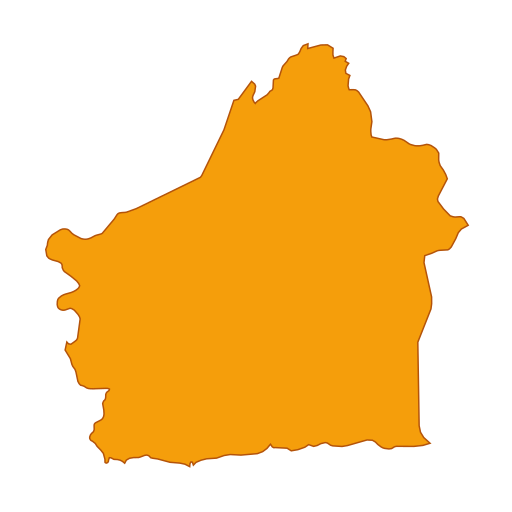 an SVG outline of Worodougou, rotated 273°
{"feature_id": "CIV-3443", "entity_name": "Worodougou", "entity_type": "Region", "adm_level": 1, "iso_a3": "CIV", "parent_name": "Ivory Coast", "parent_adm1": "", "projection": "natural_earth1", "projection_center": [-6.431, 8.415], "detail": "fine", "context": "isolated", "style": "filled", "palette": "amber", "viewbox_px": 512, "rotation_deg": 273, "n_neighbors": 0, "source": "natural_earth", "source_scale": "10m", "svg_char_len": 4184}
<svg xmlns="http://www.w3.org/2000/svg" viewBox="0 0 512 512"><g transform="rotate(273 256 256)"><path d="M297.8,466.3L293.7,459.7L289.9,456.8L283.8,454.6L275.2,450.5L273.2,448.8L272.2,447.3L271.3,439.2L271.0,437.7L270.6,436.5L268.0,431.5L265.2,424.5L258.2,424.1L224.3,433.5L217.5,433.9L212.3,433.5L178.4,422.1L95.0,427.8L88.6,429.5L83.5,433.0L78.1,439.6L75.6,432.6L74.1,423.5L73.3,406.2L72.8,404.4L70.8,401.5L70.3,398.9L70.6,394.6L71.0,392.9L71.9,390.9L74.2,387.5L76.5,385.0L78.1,381.9L78.1,376.5L75.3,368.3L71.5,357.3L70.3,351.9L70.4,342.7L70.9,340.5L73.0,337.0L73.3,334.9L72.0,330.5L70.0,327.1L68.9,323.5L70.4,318.5L67.6,314.8L64.8,308.0L63.3,301.4L65.7,297.1L65.7,285.3L65.5,283.8L66.2,282.3L68.8,280.3L64.4,277.0L61.0,272.9L58.7,267.7L56.4,251.4L56.4,240.6L55.1,234.6L52.1,227.2L50.9,217.3L49.2,211.8L46.8,206.9L43.9,204.4L46.7,203.3L47.0,201.9L45.3,200.9L42.2,200.8L44.4,195.9L45.2,190.8L45.5,180.9L48.2,168.3L48.6,163.7L49.0,161.5L51.0,159.3L51.5,157.3L51.1,155.3L49.1,150.7L48.6,149.2L48.3,144.4L47.4,140.3L45.4,137.2L42.2,135.7L43.9,133.4L45.0,131.0L45.5,128.3L45.5,124.7L46.9,121.7L46.9,120.1L44.7,119.5L43.0,119.3L42.0,118.7L41.4,117.6L41.6,116.5L42.1,116.0L45.1,115.8L50.9,113.9L54.0,111.2L57.6,107.3L60.4,105.3L62.5,102.4L62.9,101.4L63.3,100.7L64.0,100.1L65.1,99.5L66.5,99.4L68.6,100.0L69.7,100.7L70.4,101.2L70.5,101.3L71.1,102.0L71.9,102.7L72.9,103.2L74.3,103.5L78.3,103.2L79.5,103.3L80.5,103.9L81.3,104.9L83.8,109.2L84.5,110.2L85.4,111.1L86.5,111.7L87.7,112.2L89.0,112.4L90.4,112.5L94.1,112.1L100.6,110.6L102.1,111.0L103.4,111.6L104.2,112.5L105.5,113.1L107.2,113.3L109.8,113.2L111.2,113.6L112.3,114.3L113.9,116.2L114.8,116.6L115.5,116.6L116.0,114.9L116.0,113.3L115.0,101.5L115.0,101.4L114.9,101.3L114.8,97.5L114.9,95.7L115.4,93.8L116.9,91.2L117.5,89.3L117.8,87.6L119.2,86.1L121.5,84.7L130.6,82.3L133.3,81.2L136.1,78.9L138.2,77.8L143.8,76.0L152.1,70.3L160.2,71.6L158.5,73.3L158.2,75.8L160.9,79.2L162.5,81.0L163.4,81.6L164.7,82.1L184.0,83.7L186.1,82.9L188.4,81.3L192.4,77.4L193.7,75.0L194.1,73.1L192.1,68.2L191.8,66.8L191.8,65.4L192.1,64.0L192.6,62.8L193.3,61.8L194.1,61.0L195.5,60.4L197.2,60.0L200.4,60.0L202.2,60.4L203.5,61.1L205.9,63.7L207.2,65.9L208.0,67.8L209.9,73.4L211.0,75.7L212.3,77.8L213.9,79.7L214.8,80.5L215.9,81.1L217.1,81.5L219.2,80.4L221.7,78.2L226.2,72.1L230.4,65.5L231.6,64.4L234.2,63.1L235.9,63.0L237.5,62.6L238.8,61.5L240.1,58.7L241.4,52.8L242.4,50.2L243.0,49.1L245.2,47.1L251.5,45.7L255.9,47.1L257.2,47.1L259.0,47.3L261.6,47.9L266.4,51.3L271.9,59.2L272.8,61.4L273.0,63.0L273.0,64.5L272.8,66.0L272.3,67.3L271.5,68.4L269.0,71.0L267.6,73.1L264.3,80.3L264.0,81.8L263.8,83.4L263.8,84.9L264.0,86.3L264.4,87.7L265.4,90.1L267.8,94.1L268.4,95.5L269.7,99.5L270.1,100.5L270.6,101.3L285.5,112.5L289.9,115.0L291.0,115.9L291.8,117.2L292.3,119.6L292.7,123.0L293.0,124.4L297.0,133.9L331.7,196.4L333.5,197.6L380.3,217.4L410.3,225.8L411.5,230.1L430.2,242.4L427.6,245.7L425.6,246.7L420.0,246.2L415.8,244.5L413.7,244.2L411.7,244.8L409.6,246.0L408.3,247.3L409.1,247.8L411.1,249.8L417.5,258.6L420.0,260.6L421.1,261.2L421.9,262.4L422.9,263.7L424.7,264.2L432.6,264.2L433.7,265.0L434.1,266.6L434.4,268.4L434.8,269.5L445.8,272.4L447.3,273.1L451.9,276.8L454.5,278.2L455.6,279.1L456.6,280.3L458.9,286.1L459.8,287.7L462.4,289.1L465.6,290.2L468.6,292.2L470.6,296.8L465.9,296.8L470.1,309.7L470.6,316.4L467.5,322.1L464.1,322.1L460.7,322.3L457.7,323.5L460.2,329.7L459.7,333.3L457.9,335.7L455.1,334.9L453.3,338.5L450.2,336.6L446.4,335.5L443.1,336.2L441.2,340.3L437.5,339.2L430.8,339.0L428.2,339.8L426.9,340.4L427.2,344.5L427.1,346.7L426.4,348.2L425.1,349.9L411.8,359.9L406.0,362.9L396.2,364.7L388.6,364.0L386.4,364.1L383.0,364.6L380.9,365.4L380.9,365.5L378.8,377.9L378.9,380.4L379.9,385.2L380.7,387.9L381.0,389.4L381.0,391.0L380.9,392.5L380.2,395.4L379.2,397.9L376.0,403.1L375.5,404.3L374.5,408.7L374.4,410.3L374.6,413.6L375.2,416.5L376.4,420.6L376.2,422.6L375.5,425.0L373.3,428.8L372.0,430.5L368.3,433.1L361.5,433.4L359.2,433.9L355.9,435.2L351.6,438.6L347.3,441.2L343.1,443.0L325.6,435.0L322.5,434.2L320.0,434.8L312.7,440.9L306.3,447.8L305.5,450.7L305.3,452.7L305.9,457.5L305.9,458.6L305.1,460.3L304.4,461.6L297.8,466.3Z" fill="#f59e0b" stroke="#b45309" stroke-width="1.5"/></g></svg>